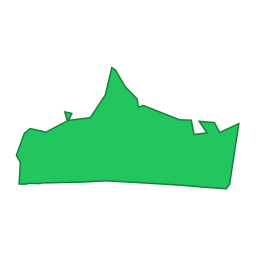 the district of Clay, Tennessee, United States of America, rotated 182°
{"feature_id": "52423323B34914884801854", "entity_name": "Clay", "entity_type": "district", "adm_level": 2, "iso_a3": "USA", "parent_name": "United States of America", "parent_adm1": "Tennessee", "projection": "equal_earth", "projection_center": [-85.51, 36.515], "detail": "fine", "context": "isolated", "style": "filled", "palette": "green", "viewbox_px": 256, "rotation_deg": 182, "n_neighbors": 0, "source": "geoboundaries", "source_scale": "gbopen_adm2", "svg_char_len": 633}
<svg xmlns="http://www.w3.org/2000/svg" viewBox="0 0 256 256"><g transform="rotate(182 128 128)"><path d="M17.4,136.2L36.3,126.7L41.8,136.4L57.1,137.2L48.9,125.8L61.8,123.9L65.0,138.0L76.7,138.0L113.7,151.1L118.4,149.1L119.8,157.3L132.3,169.2L142.4,185.3L146.3,187.8L151.8,160.3L166.1,137.0L187.8,133.5L184.6,140.6L191.7,141.9L188.9,132.9L210.0,121.0L225.7,124.0L231.4,119.1L238.6,96.7L234.4,89.8L234.9,68.2L229.1,68.3L226.9,68.6L225.1,69.3L215.3,69.3L211.5,70.1L172.7,72.3L170.1,72.5L149.1,74.4L123.6,74.0L123.4,74.0L72.5,72.7L50.6,71.5L27.7,70.7L24.5,75.2L17.4,136.2Z" fill="#22c55e" stroke="#15803d" stroke-width="1.5"/></g></svg>